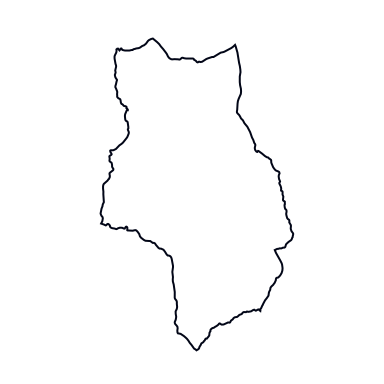 outline of Tibirita, Cundinamarca, Colombia, rotated 352°
{"feature_id": "7082276B65306384541735", "entity_name": "Tibirita", "entity_type": "district", "adm_level": 2, "iso_a3": "COL", "parent_name": "Colombia", "parent_adm1": "Cundinamarca", "projection": "robinson", "projection_center": [-73.516, 5.082], "detail": "fine", "context": "isolated", "style": "outline", "palette": "ink", "viewbox_px": 384, "rotation_deg": 352, "n_neighbors": 0, "source": "geoboundaries", "source_scale": "gbopen_adm2", "svg_char_len": 6039}
<svg xmlns="http://www.w3.org/2000/svg" viewBox="0 0 384 384"><g transform="rotate(352 192 192)"><path d="M285.4,250.7L285.6,249.8L286.2,248.3L286.4,247.5L286.2,246.7L285.1,244.7L284.7,242.7L284.7,241.8L285.2,239.6L285.3,238.6L284.1,235.7L284.4,234.2L284.4,233.5L284.1,232.9L283.2,232.1L282.7,231.3L282.4,229.6L282.2,227.6L282.3,226.4L282.7,225.3L283.0,224.0L282.9,223.0L282.5,222.3L282.0,221.8L281.8,220.9L281.7,219.9L281.8,217.7L282.3,217.0L282.4,215.5L282.6,214.6L282.3,214.1L281.7,213.7L281.1,213.1L281.0,212.4L281.8,209.3L281.3,207.1L281.6,205.3L281.7,204.3L281.5,203.8L280.4,203.0L280.8,201.0L280.8,200.1L280.6,198.6L279.7,195.9L279.7,195.2L280.5,194.2L280.7,193.8L280.0,191.2L280.0,188.7L280.3,187.5L281.3,185.7L281.1,184.4L280.5,183.8L278.1,182.4L277.4,181.6L276.6,180.3L275.8,178.7L274.7,174.5L274.6,173.4L274.8,172.1L274.7,171.2L274.0,170.4L273.0,169.6L272.3,168.5L271.0,168.0L269.3,166.6L266.7,163.7L263.5,160.6L263.1,160.5L262.2,161.4L261.7,161.2L261.3,160.8L260.5,159.4L260.3,158.3L260.3,157.1L261.3,154.3L261.1,153.2L260.5,152.1L259.9,148.9L259.0,146.4L257.9,140.8L255.9,135.1L253.5,131.2L252.4,128.1L250.8,126.0L250.1,123.9L249.4,122.3L248.2,120.7L247.6,119.6L247.7,118.4L248.2,116.9L249.4,110.9L250.1,108.4L251.2,106.2L254.0,101.7L254.6,99.2L254.8,96.6L254.5,92.9L254.6,89.8L255.4,84.2L256.7,80.1L256.9,77.6L256.9,73.8L256.6,70.7L256.4,60.2L255.5,53.8L255.1,52.3L253.2,53.7L251.0,54.9L243.8,57.5L242.6,57.8L239.8,58.0L232.1,61.3L230.7,61.1L226.3,61.9L224.7,62.3L220.2,64.4L218.6,64.5L217.1,63.9L215.9,64.4L215.5,64.4L214.9,64.0L214.2,62.8L213.4,62.0L212.6,61.5L212.4,61.2L212.3,60.6L211.6,60.0L204.7,59.0L202.7,58.4L201.8,57.9L201.0,57.7L200.5,57.8L198.7,59.0L197.8,59.1L196.8,58.7L193.1,58.0L190.8,57.9L189.9,57.6L188.4,56.5L187.7,55.6L187.0,54.2L186.3,51.9L185.5,50.3L183.3,46.4L181.4,43.5L180.1,41.0L178.4,38.8L174.6,34.6L172.8,34.8L170.5,35.6L169.4,36.3L167.1,38.7L165.8,39.5L165.0,40.0L163.0,40.5L160.7,41.7L159.3,42.1L156.6,42.1L155.9,42.3L153.8,42.5L153.0,43.1L151.8,43.0L149.7,43.2L145.0,42.5L142.8,41.6L142.1,40.1L141.3,40.1L141.0,40.7L139.9,41.7L138.7,39.7L137.9,39.7L137.0,40.3L137.0,41.3L136.5,43.2L134.5,46.2L134.1,47.3L133.9,49.2L134.1,54.6L134.4,56.0L134.3,57.3L132.9,60.9L133.0,62.9L132.8,63.5L131.9,65.3L131.9,66.1L132.1,67.8L132.5,68.8L133.3,70.4L133.2,71.0L132.7,72.0L131.7,74.7L130.9,76.4L130.7,77.5L131.3,79.5L131.9,82.1L131.8,83.1L131.4,84.7L131.4,85.8L131.2,86.7L131.2,87.5L132.1,88.9L133.3,89.7L133.8,90.2L134.0,91.1L134.0,93.1L134.1,94.1L134.5,95.0L135.1,95.3L135.6,95.8L136.3,97.0L136.8,97.4L138.1,97.8L138.9,98.4L139.0,99.0L138.7,99.8L139.4,100.5L139.9,101.5L139.8,102.0L139.2,101.8L138.8,102.0L136.7,105.5L136.3,106.6L136.1,107.9L136.0,110.7L136.2,111.8L136.6,112.4L137.6,113.1L138.0,113.8L138.0,118.6L137.8,120.2L137.2,120.9L137.2,121.6L137.7,123.6L137.7,124.5L137.4,125.4L136.4,127.2L135.4,128.8L134.2,130.0L130.5,133.5L129.0,134.5L126.6,135.7L122.7,138.8L120.6,139.5L119.7,139.7L117.4,139.4L117.0,139.5L116.7,139.8L116.7,140.2L116.8,141.1L117.6,142.9L117.6,143.6L117.2,144.0L115.4,144.8L115.1,145.3L115.1,147.7L114.6,149.6L114.8,150.3L116.3,151.7L116.5,152.2L116.6,154.0L116.4,155.9L116.6,156.7L117.3,158.0L117.2,159.0L116.8,159.5L113.7,161.3L113.0,161.9L112.8,162.6L112.9,164.3L112.7,165.7L111.6,167.5L111.1,167.7L109.9,169.0L105.8,171.7L105.1,172.8L104.7,174.1L104.4,176.2L104.3,179.4L103.9,181.8L103.3,189.8L101.9,191.9L101.3,193.8L100.1,195.9L98.5,200.5L98.6,201.5L99.1,203.1L99.8,204.1L100.0,205.1L100.0,205.8L99.1,208.5L97.6,210.6L100.1,211.9L102.0,213.1L103.1,212.5L103.6,212.0L104.3,211.9L104.9,212.2L106.0,213.7L106.0,214.8L106.3,215.5L106.9,216.1L107.9,216.7L110.2,217.4L111.6,218.1L112.3,218.2L113.8,217.6L115.7,217.3L117.8,217.7L119.6,218.8L120.2,218.9L121.5,217.4L121.9,217.2L122.3,217.2L122.8,217.7L123.0,218.4L122.6,220.9L122.9,221.1L128.0,222.1L129.4,221.9L130.7,221.9L131.5,222.3L132.6,223.8L133.9,226.3L134.3,228.7L135.2,230.2L137.6,232.7L139.1,233.8L143.9,234.8L146.0,236.9L147.3,237.1L148.2,237.8L149.0,239.5L151.1,242.8L152.0,243.5L153.5,243.8L155.7,245.2L156.9,247.3L158.2,250.3L159.1,251.5L160.2,251.7L161.6,252.6L162.3,253.9L162.6,255.6L162.9,262.5L162.7,263.9L161.4,268.4L161.3,273.6L160.8,275.8L160.6,278.0L161.0,281.1L161.0,286.6L161.0,288.6L160.2,294.1L160.2,294.7L160.4,295.5L161.5,297.4L161.7,298.8L161.4,300.7L161.3,303.6L161.1,304.4L160.6,305.8L159.2,307.9L159.1,308.5L158.9,310.5L159.0,313.1L158.8,314.1L158.1,316.2L156.9,318.2L156.7,319.1L157.0,320.4L158.2,322.2L158.8,323.4L158.8,325.0L158.2,327.1L158.1,328.5L158.1,329.2L158.4,330.0L161.0,330.9L163.9,333.5L165.4,335.2L166.6,336.7L167.8,338.8L168.8,341.1L170.2,343.3L172.3,347.4L173.6,348.4L174.4,349.4L176.1,348.7L177.1,348.0L178.0,346.2L179.2,344.9L179.9,343.7L180.3,343.2L182.3,342.3L183.1,341.3L183.9,340.8L184.6,339.7L185.1,339.2L185.5,339.1L186.2,339.3L188.4,337.3L189.1,336.5L189.8,333.7L190.9,332.4L191.0,331.4L191.5,330.7L192.2,330.2L193.3,329.6L194.6,329.5L196.4,328.6L197.6,328.2L199.7,327.0L200.4,326.2L200.9,326.0L201.5,326.2L202.5,327.2L203.1,327.5L204.9,327.6L209.6,326.2L211.1,326.6L211.6,326.4L212.7,324.8L214.6,323.8L215.6,322.7L216.3,322.3L217.1,322.0L219.2,322.0L220.3,321.4L221.8,320.3L224.2,319.8L225.3,318.7L225.9,318.3L226.6,318.1L228.2,318.4L228.8,318.5L229.8,318.0L230.7,318.4L231.5,318.5L233.9,318.4L236.1,317.4L237.2,317.2L237.5,317.4L238.4,318.3L238.8,318.4L241.2,317.5L241.7,317.6L242.1,318.0L242.3,318.5L243.1,319.3L243.3,318.6L243.3,317.5L244.3,316.7L245.9,314.1L246.2,313.9L246.9,312.7L249.3,309.4L251.3,307.5L253.3,305.3L254.2,302.2L254.7,301.3L255.8,299.8L256.3,298.0L256.7,297.4L257.5,296.6L259.4,295.3L260.7,293.9L261.1,293.6L262.7,291.1L263.0,289.8L263.5,289.0L264.3,288.7L265.3,288.7L266.0,288.3L267.7,286.9L269.4,284.8L270.5,282.5L271.0,280.5L271.1,279.3L271.1,276.3L270.8,274.8L269.8,271.9L266.7,264.0L265.9,261.0L268.4,260.2L269.9,260.3L270.7,260.0L272.6,260.3L274.3,259.8L275.9,259.9L276.4,259.6L276.8,259.2L277.7,257.2L278.2,256.6L280.6,254.9L283.4,253.5L284.0,252.9L284.4,252.2L284.8,251.4L285.4,250.7Z" fill="none" stroke="#020617" stroke-width="2"/></g></svg>